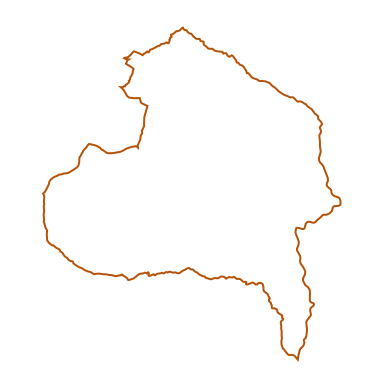 outline of Arboleda, Nariño, Colombia, rotated 272°
{"feature_id": "7082276B56257511215317", "entity_name": "Arboleda", "entity_type": "district", "adm_level": 2, "iso_a3": "COL", "parent_name": "Colombia", "parent_adm1": "Nariño", "projection": "mercator", "projection_center": [-77.132, 1.483], "detail": "fine", "context": "isolated", "style": "outline", "palette": "amber", "viewbox_px": 384, "rotation_deg": 272, "n_neighbors": 0, "source": "geoboundaries", "source_scale": "gbopen_adm2", "svg_char_len": 6025}
<svg xmlns="http://www.w3.org/2000/svg" viewBox="0 0 384 384"><g transform="rotate(272 192 192)"><path d="M355.9,177.4L355.7,176.6L353.1,174.2L352.2,172.0L352.2,170.8L350.1,168.6L349.0,167.1L348.5,165.5L347.7,165.5L347.2,166.0L346.4,166.2L345.7,165.8L345.6,165.0L345.3,164.7L344.0,164.6L343.2,164.0L342.6,164.4L340.0,163.5L339.9,162.6L340.5,161.9L340.6,161.1L339.4,159.3L338.7,156.0L337.0,154.5L336.8,153.1L333.4,147.3L332.8,145.3L330.2,143.9L330.1,143.2L330.8,142.6L330.7,142.0L329.3,140.6L328.7,139.4L327.0,137.9L328.8,134.2L330.6,128.9L326.9,125.9L325.0,123.9L324.2,122.4L323.7,119.9L323.4,119.5L322.5,121.3L322.3,124.1L321.8,123.2L320.9,122.7L317.9,121.5L314.2,127.8L312.9,129.4L310.8,128.6L308.4,128.5L304.4,126.4L302.0,126.0L301.0,125.0L300.1,125.5L299.7,125.4L297.7,123.5L296.6,121.9L295.3,121.4L295.2,120.2L294.2,118.9L294.3,117.1L292.5,119.2L291.1,120.4L285.8,123.7L284.2,125.7L283.7,131.1L284.1,136.4L279.6,137.9L279.1,138.4L276.4,144.5L265.5,141.8L263.8,141.7L256.0,141.8L251.3,139.7L250.1,140.1L248.9,140.2L246.7,138.8L242.7,138.5L236.8,136.2L234.5,136.4L235.1,135.8L235.7,134.4L235.8,133.7L235.3,132.6L235.2,130.9L233.6,126.2L232.1,123.3L231.0,121.8L229.6,118.7L228.1,111.8L227.8,107.4L228.0,105.9L228.5,104.8L230.7,101.6L231.3,100.0L233.2,98.5L233.6,97.0L234.6,95.7L235.2,93.8L236.4,87.4L235.2,86.2L232.8,84.8L232.0,84.0L229.3,81.8L227.5,81.2L226.5,80.4L224.3,79.5L222.7,78.3L217.5,78.2L214.3,77.5L212.7,76.3L210.3,73.1L206.9,68.0L206.3,66.0L206.1,63.5L205.0,60.7L204.7,58.5L203.5,56.7L202.4,54.2L201.5,52.7L199.2,50.1L197.3,49.1L195.4,48.8L192.9,47.9L188.7,45.9L187.2,45.1L185.2,43.2L183.6,44.2L181.9,44.6L177.7,44.3L174.4,44.7L172.2,44.3L168.4,44.9L164.2,44.5L160.4,45.0L158.1,45.1L157.5,44.8L150.8,47.1L148.5,48.6L144.8,48.3L138.5,49.0L135.8,51.2L134.2,53.4L133.6,54.7L133.7,55.6L131.6,58.0L130.0,61.5L129.5,61.9L128.2,62.3L126.7,64.6L123.8,66.6L122.7,67.8L121.8,69.4L119.5,71.4L118.8,73.0L118.7,74.4L118.2,75.5L116.5,76.0L115.0,78.2L112.9,81.8L112.0,84.6L110.0,87.7L108.9,91.2L108.4,93.6L106.6,96.6L106.5,97.3L107.1,100.3L107.1,103.3L106.7,106.1L106.8,108.8L106.3,111.5L106.1,114.8L105.4,117.4L105.3,119.6L105.9,121.3L106.4,124.1L106.7,124.2L107.1,125.0L106.2,126.0L104.0,129.7L103.4,130.4L102.2,130.8L101.8,132.1L103.6,136.7L108.2,142.1L108.8,144.7L108.9,146.1L109.7,147.7L109.7,148.3L109.1,149.4L109.1,150.0L110.1,150.6L110.2,151.0L110.0,151.4L108.6,151.7L107.2,151.4L106.7,151.8L106.8,153.0L108.3,156.1L108.4,156.6L107.6,157.3L107.5,158.0L109.0,159.9L109.6,163.3L110.0,164.3L110.1,165.0L109.7,166.1L109.7,166.6L111.2,169.1L110.7,170.4L111.6,172.3L110.7,175.8L111.1,178.2L110.4,180.3L110.3,181.6L110.5,182.4L112.6,184.8L114.2,187.9L115.5,189.9L115.9,191.8L114.6,193.5L114.6,195.4L114.3,195.9L112.6,197.7L111.9,199.5L109.2,203.1L109.0,204.2L108.2,205.7L108.2,206.7L107.7,208.0L106.7,208.8L105.5,213.4L105.5,214.6L106.3,216.1L106.8,218.1L106.7,221.3L108.0,222.9L108.6,224.3L108.6,225.7L108.3,226.7L107.6,228.2L106.7,228.8L106.7,229.5L107.6,230.5L108.3,232.1L107.9,234.9L108.6,237.3L107.4,238.8L106.6,240.2L106.9,241.7L106.7,243.0L105.7,244.5L104.4,245.8L104.1,246.5L104.0,249.3L103.6,249.5L102.0,249.2L101.6,249.4L101.5,250.2L101.7,251.1L103.6,255.5L103.3,256.7L101.7,259.1L102.0,260.6L103.1,261.2L103.4,261.8L103.4,264.1L102.6,265.7L101.8,266.1L99.0,266.8L96.3,266.9L95.0,267.8L92.8,271.0L90.3,272.2L88.6,273.4L88.0,273.5L87.3,272.7L86.3,272.7L85.3,273.0L83.9,274.7L82.6,275.0L81.6,275.7L79.4,275.8L78.7,276.1L78.5,276.6L78.6,278.6L77.9,280.5L77.5,280.9L74.9,281.7L74.2,282.2L71.8,286.4L70.4,286.6L69.4,286.4L68.2,287.6L67.6,287.4L66.0,285.7L64.5,285.2L61.3,285.9L58.6,285.9L55.7,286.5L51.1,286.6L49.5,287.0L46.1,286.6L42.9,286.7L38.7,288.3L37.9,289.6L36.3,290.6L32.9,293.6L32.4,295.1L32.8,298.0L32.3,299.4L31.3,300.8L28.1,303.6L32.1,304.0L37.8,305.2L39.2,305.9L42.0,308.5L43.0,309.0L45.6,309.6L47.2,309.0L48.3,309.0L50.2,310.7L51.5,311.2L57.7,311.8L66.0,310.7L68.1,311.7L72.5,314.9L74.0,315.1L77.8,314.2L79.5,314.4L80.7,315.1L82.7,317.5L83.8,317.8L84.9,317.5L86.0,314.6L86.8,313.9L88.1,313.5L95.8,313.4L98.0,313.1L100.8,311.4L103.0,308.4L107.2,306.1L109.4,305.9L113.4,307.7L116.1,308.0L116.9,307.9L120.8,305.8L122.4,304.4L124.6,302.9L126.8,302.4L129.0,302.6L131.6,302.4L137.5,298.9L139.1,298.9L142.8,300.3L145.5,300.5L147.2,300.1L153.6,297.3L155.4,296.8L158.2,297.1L159.4,297.4L159.8,297.9L159.9,298.5L159.9,299.8L158.8,303.6L159.0,305.0L160.0,305.8L164.5,306.9L165.8,308.1L166.4,309.6L166.2,311.2L165.6,313.5L165.6,315.1L166.0,316.1L168.1,317.9L171.7,321.9L173.1,323.0L173.8,323.9L174.0,327.3L175.5,330.3L178.0,332.5L181.4,333.3L182.3,333.9L182.8,334.7L183.3,338.8L184.0,340.2L184.5,340.7L185.2,340.8L187.5,340.8L188.9,340.5L190.9,339.5L191.5,339.0L191.9,338.0L192.7,335.0L194.1,332.6L195.8,331.5L198.1,331.1L199.4,330.6L202.0,327.4L202.9,326.6L204.2,326.3L205.3,326.4L208.0,327.5L210.5,327.3L221.7,322.6L223.6,321.4L226.3,318.7L227.6,318.1L229.1,317.8L230.8,317.8L235.6,319.0L237.4,319.2L242.0,318.3L247.6,318.0L252.3,317.3L253.5,317.4L255.7,318.6L257.2,318.8L261.2,317.5L264.4,319.7L266.3,318.7L269.5,315.6L272.0,315.3L272.5,315.0L274.7,312.0L278.9,308.8L281.6,304.5L283.9,302.5L284.1,301.5L285.5,299.5L286.2,297.8L286.3,296.9L286.0,294.6L287.3,292.8L289.7,290.4L290.2,289.4L290.0,286.8L291.3,283.9L292.0,281.4L293.6,278.4L295.7,275.1L298.1,272.6L299.8,270.4L300.5,268.9L303.6,265.8L304.5,263.6L305.2,261.1L305.4,258.6L305.4,255.3L305.6,254.7L306.8,253.2L307.1,251.7L308.2,248.4L309.4,246.9L311.5,245.5L312.9,243.7L312.7,242.7L314.8,242.0L318.9,239.3L319.4,238.7L319.5,238.3L320.1,237.9L320.8,235.5L322.6,233.9L323.0,232.3L325.2,231.4L329.3,228.1L329.9,226.9L328.5,224.7L328.7,224.0L329.6,222.7L331.8,221.5L331.8,219.7L331.4,218.5L332.6,218.0L333.1,217.3L333.5,212.1L334.2,209.6L335.8,207.5L335.8,203.5L338.0,201.0L339.1,199.2L340.1,198.5L342.3,198.4L342.7,198.0L343.0,196.0L343.5,195.0L344.9,194.6L345.2,194.3L345.2,191.3L345.4,190.7L347.7,187.7L349.6,186.3L350.0,185.7L350.6,183.5L352.0,181.9L353.4,180.9L353.8,178.7L354.5,178.0L355.9,177.4Z" fill="none" stroke="#b45309" stroke-width="2"/></g></svg>